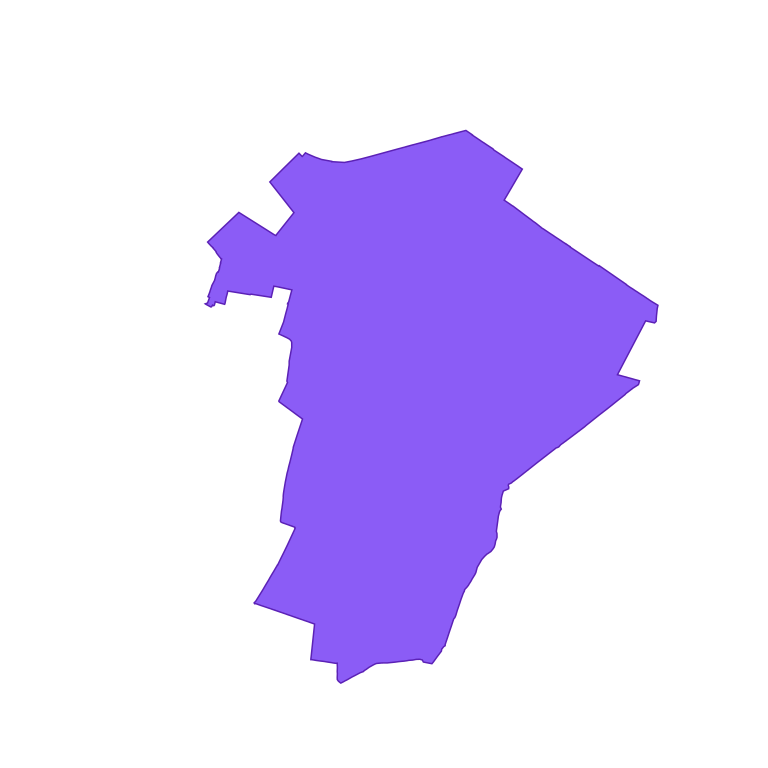 Corbeanca, Ilfov, Romania (Mercator projection), rotated 223°
{"feature_id": "2599482B20388306931383", "entity_name": "Corbeanca", "entity_type": "district", "adm_level": 2, "iso_a3": "ROU", "parent_name": "Romania", "parent_adm1": "Ilfov", "projection": "mercator", "projection_center": [26.024, 44.599], "detail": "fine", "context": "isolated", "style": "filled", "palette": "violet", "viewbox_px": 768, "rotation_deg": 223, "n_neighbors": 0, "source": "geoboundaries", "source_scale": "gbopen_adm2", "svg_char_len": 5403}
<svg xmlns="http://www.w3.org/2000/svg" viewBox="0 0 768 768"><g transform="rotate(223 384 384)"><path d="M237.3,628.4L237.8,628.3L240.7,627.7L243.5,627.1L245.6,626.7L247.4,626.4L248.2,626.3L249.1,626.2L249.7,626.0L250.8,625.9L251.6,625.8L252.7,625.6L253.2,625.5L254.1,625.4L256.6,624.9L260.0,624.3L261.4,624.1L263.9,623.6L266.6,623.2L270.2,622.5L273.6,622.0L274.5,621.9L274.6,622.1L288.2,620.1L307.3,617.3L307.2,616.8L308.6,616.5L313.3,615.7L315.6,615.3L340.6,611.2L341.4,611.1L341.5,611.4L343.5,611.0L345.8,610.7L345.7,610.6L347.2,610.3L347.6,610.3L350.4,609.8L352.6,609.5L354.1,609.2L355.5,609.0L356.5,608.8L358.9,608.4L359.4,608.3L360.2,608.2L361.6,608.0L365.5,607.3L368.7,606.8L373.1,606.1L373.9,605.9L375.7,605.6L376.2,605.7L376.4,605.7L377.0,605.6L377.7,605.5L378.8,605.5L379.5,605.4L381.1,605.3L383.3,605.1L385.9,604.7L388.4,604.5L391.8,604.1L394.7,603.8L396.3,603.6L400.4,603.2L406.1,602.6L411.0,602.1L411.5,601.9L421.5,600.4L424.9,615.6L429.4,635.5L441.6,633.6L450.0,632.2L451.3,632.1L462.9,630.1L463.5,630.1L464.0,630.2L464.5,630.3L478.1,628.0L484.6,627.0L488.8,626.3L489.1,626.2L489.2,626.5L497.0,625.3L500.0,620.6L505.9,611.2L510.1,604.5L510.6,603.9L510.8,603.4L517.8,591.6L526.8,577.3L549.4,540.7L554.2,533.1L559.7,525.0L564.0,519.1L573.9,510.9L574.1,511.2L582.8,505.6L586.6,504.0L588.8,503.0L596.0,500.4L598.7,499.6L599.1,499.5L599.0,497.3L598.9,494.9L599.0,494.6L603.4,494.8L603.6,494.8L604.5,474.4L605.3,453.9L566.7,447.9L564.5,419.6L564.3,418.9L565.6,418.4L577.8,416.1L607.2,410.5L609.8,367.5L608.3,367.3L604.2,367.0L602.2,367.1L602.2,366.9L597.0,366.3L596.9,366.0L595.3,365.5L593.1,365.1L590.4,364.7L588.9,364.6L588.8,364.4L588.1,364.7L587.8,364.2L586.2,361.0L585.9,361.1L585.2,359.7L583.9,357.2L583.7,356.8L583.4,356.8L582.8,355.5L582.6,355.5L581.6,352.8L582.0,352.7L581.9,350.7L580.9,348.4L579.5,346.0L579.0,344.9L578.7,344.6L577.7,341.0L577.2,339.1L576.8,338.0L576.6,337.8L576.0,336.5L575.2,334.6L574.8,333.8L574.2,332.6L573.2,330.2L572.7,328.9L572.3,327.8L570.6,328.3L568.3,322.9L569.4,320.7L568.7,320.8L563.3,322.2L563.2,322.3L562.9,322.6L562.8,323.0L563.2,324.7L562.5,324.8L562.1,325.0L561.9,325.3L561.8,325.5L561.9,325.8L561.9,326.1L563.5,329.1L563.2,329.2L554.9,333.6L555.0,333.9L555.1,334.3L555.4,334.7L555.6,335.1L558.3,339.4L558.8,340.3L559.6,341.9L560.4,343.4L561.7,345.4L542.9,358.0L543.0,358.2L542.4,359.1L525.6,370.5L531.3,380.4L528.6,382.2L515.6,390.0L509.7,379.0L509.5,377.3L509.2,376.8L508.6,377.2L506.2,372.9L503.9,368.5L499.7,360.8L498.2,357.0L495.0,348.9L486.4,351.7L483.5,352.4L481.2,352.2L479.9,351.5L476.4,347.8L468.9,336.0L466.3,333.2L457.0,319.9L455.6,319.3L449.3,299.8L448.5,299.5L419.7,302.8L412.6,287.3L407.3,276.0L406.4,274.8L403.5,269.8L399.8,263.2L397.4,258.7L395.8,256.0L394.0,252.6L391.7,248.9L389.5,245.3L387.6,242.4L384.6,237.9L382.9,235.4L381.9,234.1L381.2,233.2L380.3,232.3L378.4,229.9L376.9,227.8L375.5,225.8L373.7,223.3L372.3,221.1L366.5,213.4L365.8,212.9L365.3,212.8L364.9,212.8L363.5,213.3L351.7,218.4L351.2,217.9L350.7,218.1L350.5,217.7L344.8,200.3L342.1,191.5L340.6,186.4L338.3,179.0L338.5,178.9L338.4,178.6L338.2,177.6L336.8,171.4L336.4,169.4L335.4,164.8L334.7,162.1L334.0,158.7L333.4,155.9L332.3,151.0L329.7,137.8L329.7,135.3L328.6,135.1L328.4,135.4L327.8,136.0L325.7,136.9L322.9,138.1L320.3,139.3L315.0,141.7L306.0,145.7L271.1,161.1L269.7,159.3L263.0,150.4L252.0,135.8L250.0,133.1L249.5,132.5L248.7,133.2L246.9,134.4L245.3,135.4L243.2,136.9L241.2,138.3L239.6,139.5L238.2,140.5L235.9,142.0L234.6,142.9L233.4,143.7L232.1,144.6L231.1,145.2L230.1,145.9L229.2,146.5L228.5,147.1L227.8,147.9L224.8,144.9L222.7,142.5L222.0,141.7L220.6,140.4L218.0,137.4L216.6,136.0L215.0,135.6L213.9,135.6L213.6,135.6L212.4,135.7L211.6,135.8L210.9,137.7L210.6,138.5L210.0,140.5L209.5,141.7L209.1,142.9L208.3,145.5L207.5,148.1L206.5,150.8L204.7,156.0L204.4,156.8L203.8,158.0L203.2,159.1L202.9,159.8L203.0,160.8L202.3,163.5L201.7,166.7L201.0,168.9L200.5,170.5L200.0,172.0L199.4,173.5L198.9,174.5L195.7,178.1L194.2,179.6L192.7,181.0L191.4,182.2L191.0,182.7L188.0,186.1L186.1,188.3L183.8,191.1L181.7,193.5L180.5,194.8L178.4,197.4L177.4,198.8L174.7,201.7L172.7,204.5L170.1,207.1L167.7,208.3L165.6,207.5L158.2,212.1L158.3,214.4L158.7,217.6L159.2,221.6L159.8,227.5L159.9,227.9L160.2,228.3L161.0,229.5L161.0,229.8L161.0,230.5L161.1,231.2L161.2,232.7L160.8,234.3L161.6,235.2L163.1,238.5L164.5,241.6L167.2,247.4L169.7,253.0L172.7,259.5L172.9,260.7L172.8,261.3L173.7,263.8L176.0,268.4L178.4,273.8L180.8,279.0L183.3,284.9L184.0,287.4L184.8,288.6L184.8,292.3L185.0,294.4L185.3,295.6L185.9,299.0L186.6,301.6L187.6,306.8L188.0,307.8L188.1,308.5L190.8,313.5L192.8,322.3L192.9,326.6L192.7,330.0L192.5,330.4L191.6,334.4L191.8,337.7L192.2,340.0L193.5,342.6L195.4,345.5L195.9,347.2L196.8,349.0L199.3,351.6L200.6,352.4L201.4,352.9L201.6,353.2L208.1,362.4L210.2,365.3L212.3,369.2L212.7,370.4L212.9,372.5L214.8,373.3L215.6,374.3L217.4,377.0L219.9,380.1L220.5,380.9L221.8,383.1L223.7,387.1L221.4,392.4L222.4,393.7L224.1,394.7L224.5,395.7L223.3,398.6L223.2,400.6L223.0,400.9L221.9,407.4L218.3,431.2L214.5,454.7L213.8,455.9L213.3,457.2L213.4,460.0L211.9,467.9L208.1,489.5L207.9,491.7L205.5,507.9L203.7,518.9L202.5,527.1L200.5,540.8L200.6,541.9L199.1,550.8L197.5,557.0L198.0,558.2L199.2,560.4L199.3,560.6L199.6,560.4L219.6,550.0L224.3,567.0L228.3,581.6L235.7,608.6L227.8,613.2L227.7,615.4L231.0,619.4L235.6,625.5L237.3,628.4Z" fill="#8b5cf6" stroke="#5b21b6" stroke-width="1.5"/></g></svg>